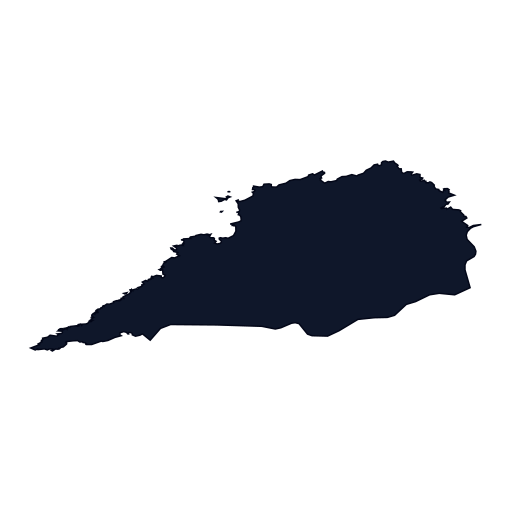 Kilrush Lea-5, Clare, Ireland (Natural Earth projection)
{"feature_id": "5873133B68451217430396", "entity_name": "Kilrush Lea-5", "entity_type": "district", "adm_level": 2, "iso_a3": "IRL", "parent_name": "Ireland", "parent_adm1": "Clare", "projection": "natural_earth1", "projection_center": [-9.571, 52.715], "detail": "fine", "context": "isolated", "style": "filled", "palette": "ink", "viewbox_px": 512, "rotation_deg": 0, "n_neighbors": 0, "source": "geoboundaries", "source_scale": "gbopen_adm2", "svg_char_len": 6024}
<svg xmlns="http://www.w3.org/2000/svg" viewBox="0 0 512 512"><path d="M299.0,323.6L307.5,334.1L312.0,335.7L327.6,336.1L339.1,330.7L357.9,319.4L374.3,317.7L387.4,317.4L394.6,315.3L406.3,304.4L415.6,301.6L429.6,294.8L439.2,293.3L454.7,294.8L470.1,287.7L465.0,269.9L465.0,264.8L466.6,260.9L474.1,256.5L475.5,254.2L475.9,251.2L474.2,246.8L467.1,239.4L466.2,235.2L467.3,231.7L470.5,228.3L473.4,226.7L481.3,224.5L473.3,225.5L469.3,227.5L465.9,227.2L467.0,226.9L467.7,225.5L461.6,221.3L466.8,218.0L465.9,216.5L463.8,216.2L463.8,215.1L460.3,211.7L460.6,210.7L458.9,209.9L452.6,209.4L450.7,207.1L446.9,209.3L446.5,208.1L441.4,208.7L440.8,208.0L442.5,207.0L443.6,207.4L445.8,204.6L447.2,203.8L447.8,204.2L449.4,202.0L446.9,202.2L445.4,201.2L445.7,200.5L445.1,200.0L446.7,198.4L448.3,197.0L454.4,195.2L448.7,192.9L449.0,191.4L448.5,190.4L449.1,189.7L447.6,188.6L444.2,188.7L443.6,189.0L444.4,190.2L443.8,190.0L442.7,192.4L438.9,190.5L438.8,189.5L435.6,188.9L434.0,186.2L434.3,185.1L431.6,182.5L429.9,181.9L428.3,182.8L425.9,182.7L425.9,181.3L424.5,181.1L424.2,180.3L421.5,181.2L420.1,180.8L419.6,180.0L422.4,179.0L422.7,178.0L420.0,177.5L420.0,174.5L416.7,173.8L411.8,175.3L411.3,173.9L412.7,172.1L411.1,171.9L407.1,171.8L404.1,173.4L402.6,173.1L401.6,172.1L401.2,168.8L399.1,168.8L397.1,166.4L398.0,165.5L397.7,164.9L394.7,162.9L393.5,161.1L388.2,162.1L385.5,161.0L382.8,161.5L381.5,162.7L381.5,164.9L379.3,165.7L378.1,165.4L377.6,164.2L374.1,164.9L371.0,168.0L366.3,170.2L363.5,173.3L358.2,175.0L356.9,176.0L351.8,174.6L346.2,176.4L342.0,176.6L337.3,179.1L336.6,180.6L330.9,181.8L328.2,181.5L324.7,183.2L320.3,180.0L320.7,179.5L320.1,178.6L321.6,178.0L321.0,176.7L321.3,175.7L324.6,173.3L324.5,172.4L322.8,172.0L322.4,171.0L314.4,175.0L312.6,173.8L308.6,175.1L308.2,176.6L300.1,179.6L295.0,179.4L289.8,180.6L286.0,183.2L279.0,184.9L276.6,187.1L272.0,187.0L271.2,185.9L271.3,184.5L269.2,183.9L264.0,184.2L262.7,186.7L259.3,187.1L253.7,186.1L253.9,187.0L252.9,187.4L252.5,189.5L254.7,189.8L254.9,190.6L254.5,191.5L252.3,192.2L253.5,193.5L252.9,196.0L244.9,200.2L240.1,201.5L237.9,201.1L237.4,200.6L238.1,200.5L238.1,200.0L236.1,200.8L238.2,203.8L238.3,207.3L239.6,209.9L239.3,211.5L236.3,212.4L238.0,212.0L238.8,213.7L238.3,214.7L240.0,215.3L240.9,217.0L241.2,219.8L240.8,221.0L238.5,222.0L230.2,224.0L233.2,224.4L232.5,225.3L234.0,225.2L233.8,225.7L234.6,225.6L235.8,226.7L235.9,231.2L233.5,235.6L228.1,238.3L225.7,237.7L222.7,238.2L220.4,237.7L218.9,238.2L219.6,238.0L219.2,238.2L219.4,239.4L221.3,240.8L221.3,242.2L220.4,243.3L217.3,244.0L214.5,243.1L216.1,241.3L214.2,240.3L214.4,238.6L213.7,237.8L210.4,237.7L209.4,236.6L210.8,234.3L208.4,235.1L208.4,234.4L206.9,234.6L206.9,234.1L203.9,234.8L201.0,234.3L195.9,235.5L195.5,236.2L190.4,237.0L189.8,237.9L190.6,238.5L183.6,238.9L183.0,239.7L183.9,239.7L182.8,240.2L183.9,240.6L184.0,241.9L183.1,243.2L183.7,243.5L182.6,244.1L183.2,244.5L182.6,244.7L183.1,245.5L180.3,245.1L177.1,246.1L176.9,245.3L173.6,246.0L176.4,247.9L176.8,249.4L175.9,249.9L174.4,249.9L172.4,248.1L170.8,248.0L171.2,249.1L173.5,250.5L173.6,251.5L177.8,252.5L176.7,254.1L179.4,255.8L174.6,257.9L171.7,257.5L165.5,261.5L163.5,262.0L165.6,262.3L163.4,263.9L162.6,265.8L160.9,266.8L163.4,266.3L164.1,267.0L161.2,268.3L161.7,268.8L159.2,269.6L160.3,270.3L162.6,269.9L163.0,274.2L165.2,275.2L164.3,277.0L162.5,277.9L161.2,277.4L161.3,276.0L156.5,275.4L153.2,276.7L151.7,276.3L151.2,277.3L152.6,278.2L149.4,279.2L150.0,279.5L148.3,279.9L147.6,281.3L145.7,280.4L142.3,282.1L144.1,284.0L142.2,285.0L141.2,284.7L142.3,285.4L141.8,286.4L138.2,287.5L139.0,287.9L137.4,289.3L136.7,288.8L132.7,289.9L132.7,290.5L131.7,289.5L131.5,290.6L131.1,289.7L130.0,289.9L130.8,291.4L129.7,293.5L123.0,297.0L122.9,297.9L124.6,298.9L122.6,298.0L121.1,298.4L121.5,299.5L119.5,300.0L120.3,300.4L119.8,300.8L116.4,300.7L113.5,301.7L113.8,302.6L109.4,304.2L106.9,304.0L104.4,305.8L103.9,307.3L104.2,305.6L103.0,305.9L101.7,308.5L102.0,307.6L101.0,307.7L100.5,308.8L97.8,309.2L95.5,310.9L96.9,310.7L96.0,311.5L97.6,311.2L98.0,312.4L97.6,312.4L98.0,312.5L94.8,313.0L95.8,313.2L94.8,313.2L94.8,314.1L93.4,313.4L91.9,314.9L91.8,315.7L92.6,316.4L91.6,317.1L93.0,317.5L91.4,318.0L93.4,318.3L91.2,319.1L91.5,319.7L90.4,320.2L92.2,320.6L91.4,320.9L91.8,321.0L91.4,321.5L88.1,322.1L88.5,322.2L87.9,323.3L85.9,324.0L82.4,324.2L81.7,325.4L80.9,324.0L78.2,324.6L78.4,325.3L79.3,325.0L78.9,326.0L77.8,326.4L77.0,326.2L77.1,325.7L70.1,326.5L69.9,327.4L68.4,326.9L67.1,329.4L66.7,329.0L67.1,328.5L66.0,328.7L66.8,327.8L65.7,328.1L66.0,328.5L64.1,328.3L63.8,329.1L64.4,329.3L63.6,329.8L62.5,329.6L63.0,328.9L62.4,328.6L60.4,328.7L59.1,329.3L60.3,329.3L58.0,329.9L59.3,330.0L58.0,330.9L62.2,331.2L62.5,332.4L61.7,333.4L57.3,333.9L58.5,334.7L56.8,336.2L50.1,335.2L47.6,337.2L42.6,338.2L42.9,339.5L41.5,340.4L41.9,340.9L41.1,341.9L41.5,342.1L38.4,343.8L39.2,344.2L38.6,344.6L39.0,344.9L30.7,348.0L35.2,350.0L37.7,348.9L37.9,349.6L44.4,348.9L47.3,349.9L49.3,349.0L53.0,349.1L53.4,350.2L51.7,350.6L52.4,351.0L55.5,349.0L58.2,349.2L58.8,348.3L59.4,348.8L60.9,347.4L63.3,346.9L66.5,344.1L66.7,343.0L65.7,342.5L66.2,341.6L73.2,340.8L77.7,340.6L79.8,342.0L82.4,341.7L83.0,342.5L85.3,342.7L85.8,344.1L86.5,343.7L86.7,344.5L91.7,344.5L101.3,341.1L102.7,341.5L107.9,340.5L114.9,337.4L121.2,335.7L119.8,334.8L120.0,332.8L123.7,331.6L126.4,332.3L128.0,334.0L128.5,333.9L128.1,333.4L128.8,333.2L128.3,333.1L128.7,332.5L131.0,332.6L132.3,333.5L132.3,334.8L135.5,336.2L140.4,335.1L140.0,335.1L142.5,333.9L150.2,340.2L160.5,328.4L170.6,324.5L216.5,324.9L261.8,326.3L275.3,329.0L280.8,327.8L291.6,323.2L295.2,322.7L299.0,323.6ZM224.6,199.4L226.5,199.9L228.1,197.7L230.2,196.9L227.9,196.0L226.6,196.8L227.9,197.4L225.6,198.7L216.0,197.5L217.8,198.9L218.9,201.3L218.1,201.7L221.3,201.2L224.6,199.4ZM124.9,294.0L126.3,293.5L126.9,292.7L123.8,293.4L124.9,294.0ZM222.2,211.4L220.6,211.5L220.4,211.9L221.5,212.1L222.2,211.4ZM229.0,191.5L227.5,191.8L230.3,191.8L229.0,191.5ZM181.0,240.0L182.9,239.8L182.9,239.4L181.0,240.0Z" fill="#0f172a" stroke="#020617" stroke-width="1.5"/></svg>